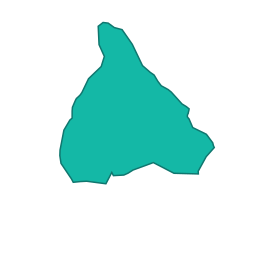 the district of Bayanbulag, Bayanhongor, Mongolia, rotated 126°
{"feature_id": "93677404B76460222256412", "entity_name": "Bayanbulag", "entity_type": "district", "adm_level": 2, "iso_a3": "MNG", "parent_name": "Mongolia", "parent_adm1": "Bayanhongor", "projection": "mercator", "projection_center": [98.047, 46.872], "detail": "fine", "context": "isolated", "style": "filled", "palette": "teal", "viewbox_px": 256, "rotation_deg": 126, "n_neighbors": 0, "source": "geoboundaries", "source_scale": "gbopen_adm2", "svg_char_len": 1045}
<svg xmlns="http://www.w3.org/2000/svg" viewBox="0 0 256 256"><g transform="rotate(126 128 128)"><path d="M204.1,140.4L199.2,134.9L195.4,130.2L186.1,113.1L173.5,115.0L175.1,111.8L168.5,103.7L164.5,101.4L159.0,99.2L141.1,87.2L137.6,64.2L123.8,44.1L121.7,45.8L105.2,47.9L93.1,46.7L92.0,48.6L90.2,50.7L87.0,60.9L89.6,75.9L84.7,84.1L84.7,84.6L84.4,85.5L84.1,86.5L83.7,86.8L83.2,87.2L82.4,87.6L81.5,87.8L80.7,87.9L79.8,88.4L79.0,88.7L78.2,89.0L76.6,89.8L76.4,93.4L76.8,98.4L73.5,114.1L73.3,118.1L74.3,125.9L72.7,131.3L69.8,138.0L69.9,143.0L69.0,153.0L57.8,173.7L51.9,190.6L54.8,198.1L54.8,205.7L57.3,210.2L63.2,211.9L77.6,200.4L84.0,189.2L94.0,185.8L111.3,188.9L126.6,186.1L127.5,186.2L127.9,186.1L128.4,186.1L128.9,186.1L130.1,186.2L131.6,186.5L133.3,186.8L134.3,187.1L135.0,187.0L136.0,186.9L137.4,186.6L139.2,186.2L141.4,185.7L142.6,185.4L143.7,185.2L144.3,184.9L145.4,184.2L146.9,183.3L152.9,179.0L155.7,179.7L167.4,178.6L185.8,170.0L190.4,166.9L196.0,161.4L202.4,143.9L204.1,140.4Z" fill="#14b8a6" stroke="#0f766e" stroke-width="1.5"/></g></svg>